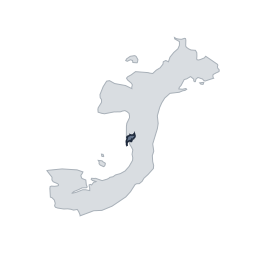 location of Chame, Panama, rotated 124°
{"feature_id": "35544464B5601098588879", "entity_name": "Chame", "entity_type": "district", "adm_level": 2, "iso_a3": "PAN", "parent_name": "Panama", "parent_adm1": "", "projection": "orthographic", "projection_center": [-79.873, 8.613], "detail": "fine", "context": "in_parent", "style": "filled", "palette": "slate", "viewbox_px": 256, "rotation_deg": 124, "n_neighbors": 0, "source": "geoboundaries", "source_scale": "gbopen_adm2", "svg_char_len": 5512}
<svg xmlns="http://www.w3.org/2000/svg" viewBox="0 0 256 256"><g transform="rotate(124 128 128)"><path d="M227.6,118.6L226.9,119.1L224.9,122.1L223.9,124.5L226.5,127.2L227.3,129.9L228.8,132.9L231.1,136.0L233.7,141.6L234.3,143.9L233.6,145.3L231.1,146.2L228.9,148.9L228.3,152.1L228.7,153.7L221.9,158.9L220.1,159.8L219.0,159.0L217.5,156.4L215.7,154.3L214.8,153.6L214.2,153.6L213.7,154.1L213.5,155.2L214.4,160.0L213.6,162.0L211.3,163.5L208.7,171.4L207.6,170.4L198.8,159.8L191.2,146.8L189.6,140.8L191.5,140.5L193.5,140.6L194.5,139.7L195.6,138.0L194.7,133.9L198.3,130.9L199.7,128.8L200.8,129.1L203.2,132.5L206.7,134.5L211.0,137.4L213.7,138.1L210.3,135.0L204.5,131.0L202.8,128.4L201.3,124.7L199.0,126.3L197.9,127.7L196.8,128.4L195.7,127.5L195.6,126.3L192.1,126.1L191.2,125.1L190.3,124.5L190.8,126.7L191.4,128.2L191.1,129.9L190.0,130.0L189.0,128.2L187.8,126.6L186.1,120.0L182.2,116.8L180.5,115.8L179.0,115.4L176.8,113.2L173.9,112.1L170.0,108.8L165.3,106.4L159.4,105.6L152.3,106.1L150.0,107.4L148.3,109.1L147.6,109.9L143.4,111.8L141.8,114.6L140.8,117.0L138.7,119.6L141.1,121.2L127.4,130.3L124.7,131.6L118.6,132.5L117.2,133.5L115.3,135.3L115.0,138.0L115.3,140.3L117.1,142.1L118.7,143.2L122.5,148.6L129.3,155.4L130.5,157.9L131.6,161.6L129.5,163.3L128.0,164.0L121.5,164.3L119.3,165.8L118.4,168.0L116.0,169.9L107.6,171.7L101.1,171.9L99.1,169.8L98.6,163.9L94.2,153.8L93.2,146.8L92.1,147.7L89.8,148.5L89.0,150.2L88.4,155.3L87.5,157.1L85.7,156.9L82.0,155.0L77.1,153.3L70.9,142.4L70.2,140.4L69.0,138.0L64.2,136.9L60.1,135.0L55.6,134.7L53.3,135.8L50.9,134.4L50.5,131.5L45.8,132.8L39.8,132.3L34.4,130.9L30.7,131.6L27.6,133.7L28.0,139.1L27.0,140.1L26.9,137.9L25.8,135.4L24.6,133.3L21.9,131.1L21.7,130.3L22.8,129.2L27.8,126.0L28.4,124.7L28.5,122.0L28.1,119.4L25.9,115.5L27.1,113.1L29.7,111.2L32.3,109.7L32.8,109.0L32.3,107.7L30.8,106.3L27.2,103.9L25.1,103.7L25.1,96.7L25.2,89.3L25.8,88.6L27.1,88.2L28.2,87.1L28.8,84.9L30.3,84.1L33.1,85.8L36.0,87.3L37.2,86.9L38.1,86.1L38.7,85.4L38.9,84.8L41.2,86.7L45.9,90.3L46.2,92.0L45.7,93.6L47.0,98.3L49.4,99.0L51.9,98.1L52.5,99.0L52.0,99.9L50.7,100.9L50.4,104.9L54.4,106.8L56.4,108.5L63.1,107.8L65.6,108.2L67.2,107.7L65.4,104.5L62.9,102.1L63.1,101.0L65.0,101.8L66.5,103.4L69.7,105.5L75.8,112.6L82.7,114.3L88.2,114.1L93.3,113.2L101.5,110.5L107.4,105.5L112.1,103.3L127.4,98.6L132.8,93.7L135.1,93.0L137.3,92.4L142.1,88.7L144.7,85.8L147.4,84.3L155.4,85.4L160.7,86.7L164.3,86.5L167.8,87.5L169.3,89.6L170.9,90.5L179.4,90.3L186.4,91.3L201.7,97.5L210.9,103.6L215.8,110.2L227.6,118.6ZM73.4,167.6L71.4,167.8L67.3,166.2L64.4,163.1L64.1,162.1L64.2,161.1L65.8,158.0L68.0,157.0L68.9,157.0L71.0,160.6L69.5,162.0L70.1,164.2L73.1,165.9L73.4,167.6ZM172.2,133.0L171.5,134.6L169.7,131.1L170.0,130.2L169.9,127.1L171.5,126.3L172.7,126.2L173.7,126.6L174.3,130.3L173.8,132.0L172.2,133.0ZM50.9,92.1L50.5,93.8L47.7,90.7L49.3,90.2L49.9,90.2L50.9,92.1ZM166.1,133.8L164.5,135.4L163.8,133.9L165.0,132.3L165.4,132.3L166.1,133.8Z" fill="#d9dde1" stroke="#a8b0b8" stroke-width="1"/><path d="M129.2,119.3L129.4,119.2L129.5,119.3L129.8,119.3L129.8,119.6L130.0,119.5L130.3,119.5L130.5,119.5L130.8,119.6L131.0,119.6L131.1,119.8L131.2,120.0L131.2,120.3L131.3,120.4L131.3,120.5L131.5,120.6L131.6,120.8L131.8,121.0L131.8,120.9L131.9,121.0L132.1,121.6L132.2,121.8L132.2,122.0L132.3,122.1L132.5,122.2L132.5,122.3L132.6,122.2L132.7,122.4L132.7,122.5L132.8,122.5L133.0,122.5L133.3,122.6L133.5,122.7L133.7,122.8L133.8,122.9L134.0,122.9L134.3,122.9L134.4,123.0L134.5,123.1L134.8,123.3L135.0,123.3L135.0,123.5L135.3,123.5L135.4,123.8L135.5,123.8L135.8,123.9L136.0,123.8L136.3,123.8L136.4,123.7L136.5,123.6L136.5,123.4L136.4,123.3L136.4,123.2L136.6,123.1L136.8,123.0L136.8,122.9L137.6,122.7L138.0,122.6L138.4,122.4L138.1,122.5L137.9,122.6L137.7,122.6L137.8,122.6L137.7,122.6L137.9,122.6L138.0,122.5L138.1,122.4L138.3,122.4L138.5,122.3L139.5,122.1L140.3,121.7L140.5,121.5L141.1,121.1L141.9,120.3L142.1,120.1L142.8,119.5L143.1,119.2L142.9,119.1L142.6,119.3L142.5,119.5L142.2,119.6L141.9,119.8L141.9,120.0L141.9,119.9L141.8,120.0L141.5,120.2L141.3,120.2L141.2,120.3L141.3,120.4L141.5,120.4L141.7,120.2L141.8,120.3L141.6,120.5L141.4,120.6L141.2,120.8L141.1,121.0L140.9,121.2L140.7,121.2L140.6,121.3L140.6,121.2L140.8,121.1L140.9,120.9L140.9,120.7L140.8,120.8L140.7,120.8L140.8,120.8L140.8,120.7L141.0,120.6L140.9,120.5L140.7,120.4L140.5,120.5L140.1,120.6L139.9,120.7L139.7,120.6L139.4,120.4L139.0,120.3L138.9,120.2L138.7,120.1L138.6,119.9L138.4,119.9L138.2,119.8L138.0,119.7L138.0,119.8L138.2,120.0L138.3,120.1L138.2,120.1L137.9,120.1L138.0,120.1L138.0,119.9L137.9,119.9L138.0,119.9L138.0,119.7L137.9,119.6L137.8,119.4L137.7,119.3L137.5,119.2L137.4,119.2L137.2,119.3L137.1,119.2L137.3,119.1L137.1,118.9L137.3,119.0L137.3,118.9L137.3,118.7L137.2,118.7L137.3,118.7L137.4,118.9L137.5,118.9L137.5,118.6L137.4,118.3L137.5,118.4L137.6,118.2L137.6,117.9L137.3,117.7L137.2,117.6L136.9,117.8L136.7,117.8L136.7,117.7L136.3,117.7L136.3,117.8L136.2,117.9L136.2,118.0L135.9,118.1L135.7,118.3L135.4,118.4L135.2,118.4L135.0,118.5L135.0,118.4L134.9,118.3L134.8,118.1L134.5,117.9L134.4,117.8L134.3,117.7L134.1,117.6L133.8,117.4L133.6,117.3L133.3,117.5L133.0,117.6L132.8,117.6L132.4,117.4L132.2,117.3L131.9,117.3L131.4,117.3L131.2,117.4L130.9,117.6L130.7,117.7L130.5,117.8L130.2,118.1L130.1,118.3L130.0,118.5L129.9,118.7L129.7,118.9L129.5,119.0L129.4,119.0L129.2,119.3ZM141.7,120.4L141.4,120.3L141.3,120.5L141.2,120.6L140.9,120.7L141.0,120.8L140.9,120.9L141.0,120.9L141.3,120.6L141.5,120.5L141.7,120.4Z" fill="#64748b" stroke="#1e293b" stroke-width="1.5"/></g></svg>